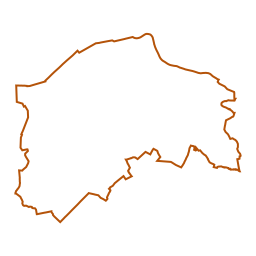 Ziru pag., Ventspils, Latvia
{"feature_id": "27541924B88472203341854", "entity_name": "Ziru pag.", "entity_type": "district", "adm_level": 2, "iso_a3": "LVA", "parent_name": "Latvia", "parent_adm1": "Ventspils", "projection": "mercator", "projection_center": [21.635, 57.135], "detail": "fine", "context": "isolated", "style": "outline", "palette": "amber", "viewbox_px": 256, "rotation_deg": 0, "n_neighbors": 0, "source": "geoboundaries", "source_scale": "gbopen_adm2", "svg_char_len": 5532}
<svg xmlns="http://www.w3.org/2000/svg" viewBox="0 0 256 256"><path d="M239.7,171.3L239.4,170.7L238.8,167.6L238.5,166.2L237.3,159.2L239.0,158.9L239.5,158.7L239.6,156.4L240.4,156.2L240.6,155.5L240.1,153.8L238.3,151.7L237.2,148.9L237.9,147.1L237.9,143.9L236.8,141.5L235.3,139.9L233.9,139.2L232.6,138.3L230.3,138.9L229.9,138.1L229.4,136.9L228.0,134.3L225.6,132.0L224.3,129.5L225.0,125.4L225.2,124.8L225.3,124.0L225.7,121.8L226.0,120.3L230.3,118.2L231.0,117.7L232.2,116.9L233.0,116.7L233.5,116.0L234.5,112.9L233.5,112.9L232.4,111.5L232.1,111.2L230.4,109.8L229.8,109.1L229.6,109.2L229.1,109.0L229.0,109.3L228.4,109.0L226.8,108.0L225.7,107.4L224.7,107.1L224.4,107.0L223.4,106.6L222.9,106.3L222.0,105.7L221.6,105.3L221.4,104.6L221.4,103.7L221.7,102.8L222.7,102.0L223.4,101.6L225.1,101.0L226.1,101.2L227.9,100.4L228.6,100.2L229.0,100.4L230.5,100.5L234.5,100.6L234.7,100.2L234.8,100.0L235.0,99.7L235.1,99.1L235.3,98.8L234.4,98.8L234.3,96.6L234.3,93.0L234.1,92.0L227.3,89.2L224.7,86.4L219.3,83.7L217.7,81.9L218.0,81.2L218.2,80.4L218.7,79.6L217.6,79.2L216.7,78.7L216.4,78.4L215.2,77.7L213.2,76.5L212.5,76.0L211.0,74.6L210.1,73.9L209.4,73.6L208.5,73.2L208.0,73.1L206.9,73.0L206.3,72.9L205.0,72.9L203.0,73.0L200.7,73.3L200.1,73.2L198.3,72.9L197.5,72.6L196.0,72.1L194.5,71.6L192.5,71.0L190.2,70.5L188.0,70.0L185.8,69.5L185.4,69.4L183.8,68.8L180.7,67.8L179.6,67.5L178.9,67.1L177.4,66.4L176.6,66.1L173.9,65.8L173.0,65.6L171.9,65.4L170.2,65.0L169.4,64.7L167.8,63.9L167.0,63.4L165.1,62.1L162.6,60.6L161.8,59.9L161.2,59.2L160.7,58.7L160.1,57.7L159.4,56.4L159.1,55.6L158.8,54.9L157.8,52.7L156.6,50.4L155.7,48.4L155.3,47.4L155.1,47.0L154.5,45.0L154.2,44.3L154.1,43.5L153.6,41.3L153.3,40.0L152.9,38.5L152.8,37.9L152.6,37.3L152.3,36.8L151.7,35.9L151.1,35.2L150.4,34.6L149.6,34.3L148.3,34.0L147.1,33.9L146.6,33.9L146.1,34.0L145.6,34.1L144.5,34.7L140.8,37.1L139.8,37.6L139.2,37.8L138.0,38.1L137.5,38.2L136.5,38.3L135.9,38.2L135.0,38.1L134.5,37.9L134.1,37.8L133.6,37.5L132.7,37.0L129.8,37.7L125.6,38.7L124.6,39.0L124.4,39.0L124.1,39.1L120.2,40.0L114.1,41.4L112.2,40.4L107.7,41.2L100.8,42.5L99.2,42.9L95.8,43.3L79.2,52.7L77.5,50.7L72.6,55.5L69.7,58.0L66.8,60.5L62.7,64.2L61.4,65.5L59.0,67.8L54.2,72.1L54.0,72.3L51.8,74.4L48.6,77.6L45.4,80.6L45.5,80.8L45.5,81.4L33.8,84.8L29.8,86.0L27.1,86.2L26.9,85.9L26.5,85.9L24.9,85.7L16.2,85.5L16.3,87.7L16.8,101.9L22.5,103.6L23.9,106.6L25.0,106.0L27.8,110.7L28.1,117.4L22.9,130.8L21.3,134.3L22.0,134.8L20.9,137.5L20.5,147.7L22.3,150.3L23.3,150.1L27.2,149.3L27.5,149.4L27.9,150.9L27.9,151.0L25.2,153.6L25.1,155.2L25.9,156.8L28.6,161.2L28.1,163.3L27.3,164.8L26.2,167.0L23.0,169.7L22.3,170.6L19.1,170.4L19.8,178.0L19.7,178.7L19.8,180.8L19.8,181.9L20.0,182.8L20.0,183.0L19.9,183.5L19.8,184.0L19.7,184.9L19.6,185.6L19.5,186.2L19.2,186.8L18.0,188.7L17.6,189.0L16.6,190.5L16.2,190.8L16.0,191.3L15.7,192.2L15.4,192.9L15.4,193.2L15.4,193.5L16.0,193.5L20.4,196.8L20.6,197.4L22.0,200.0L22.7,201.8L22.3,203.3L22.9,204.9L23.0,205.1L23.3,205.4L23.8,205.7L24.2,205.9L24.3,205.9L24.8,205.7L25.5,205.7L25.8,205.8L26.3,205.7L28.9,207.0L30.0,206.6L31.8,206.9L32.1,207.8L33.0,208.2L35.0,208.3L35.9,209.5L36.0,209.6L36.8,214.2L37.0,214.2L45.4,212.5L45.7,212.5L51.4,211.3L51.4,211.7L51.6,212.2L52.3,213.3L52.5,213.5L52.8,213.8L52.9,214.0L53.0,214.6L53.0,215.0L54.2,216.4L60.2,222.1L62.8,219.4L63.3,219.0L63.4,218.8L65.5,216.6L65.8,216.4L69.2,213.0L72.0,210.1L77.5,204.6L80.6,201.3L88.5,193.4L88.7,193.1L94.5,194.4L94.7,194.5L98.4,195.3L100.6,197.8L103.3,199.1L105.8,200.7L106.2,200.2L107.2,199.3L107.3,199.1L107.4,198.9L107.4,198.5L107.4,198.4L107.1,197.9L107.0,197.5L107.0,197.3L108.0,195.2L108.6,194.1L108.6,193.9L108.7,193.5L109.2,192.7L109.9,191.7L109.9,191.4L110.4,190.7L110.4,190.2L110.1,189.9L109.7,189.5L109.0,188.8L109.3,188.5L109.5,188.5L109.7,188.1L109.9,188.0L109.9,187.9L110.1,187.7L110.1,187.4L110.4,187.2L112.8,185.8L114.8,183.1L115.1,182.9L118.5,180.1L123.5,176.1L125.7,179.3L131.7,176.3L130.9,175.4L130.5,174.7L129.6,173.5L129.3,173.0L129.1,172.9L128.9,172.6L129.0,172.5L128.2,171.1L128.1,170.9L129.0,169.3L129.9,167.7L129.5,167.0L128.2,164.3L127.7,163.7L126.8,161.2L125.9,159.6L126.5,159.6L130.4,158.4L130.6,158.2L130.8,158.2L131.3,158.2L132.6,157.5L133.1,157.3L134.2,157.3L135.3,157.5L137.6,159.1L145.5,151.9L148.0,153.2L150.3,154.4L151.4,152.2L152.8,149.7L153.5,148.8L157.0,150.7L157.4,151.1L158.0,153.1L159.2,155.3L160.3,157.0L157.2,160.9L160.4,161.1L170.8,161.9L171.3,162.1L175.9,165.0L181.2,167.4L182.7,165.2L184.1,162.9L184.5,161.8L185.7,159.5L186.3,158.0L186.9,156.9L187.9,155.0L188.3,153.3L188.8,151.9L189.2,150.0L189.5,148.2L190.9,145.6L191.1,145.7L193.8,146.2L194.2,146.8L194.4,147.8L194.4,148.9L194.1,149.8L195.7,150.5L196.9,149.7L195.8,148.7L194.9,146.8L195.3,146.7L196.6,148.3L197.1,148.8L198.6,150.7L200.1,150.3L202.3,153.0L204.3,154.7L205.7,155.5L205.8,155.8L206.2,156.2L208.0,159.0L207.9,159.3L209.6,162.3L211.3,163.3L213.3,164.1L214.3,164.7L213.7,167.1L217.0,167.9L217.5,166.9L218.5,166.6L221.3,166.4L222.9,167.1L223.2,167.1L223.4,167.2L223.8,167.1L224.1,167.4L224.2,167.5L224.9,167.5L225.0,167.3L225.7,167.3L225.8,167.4L226.9,167.6L227.3,167.8L228.0,168.0L228.4,168.0L228.5,168.3L228.5,168.6L228.7,168.8L228.8,168.8L229.1,168.8L229.3,169.0L229.6,169.1L229.9,169.0L230.1,168.9L230.4,169.5L230.7,169.6L230.9,169.3L231.5,169.5L231.9,169.5L232.1,169.5L232.6,169.5L233.3,169.6L233.5,169.6L234.0,169.2L234.2,169.3L234.1,169.5L234.6,169.5L235.0,169.6L235.2,169.4L235.7,169.2L236.1,169.3L236.5,169.6L236.5,169.8L237.6,169.7L238.6,170.7L239.6,171.3L239.7,171.3Z" fill="none" stroke="#b45309" stroke-width="2"/></svg>